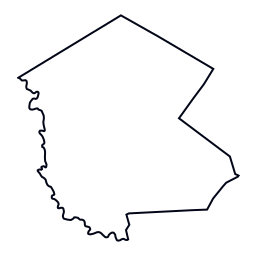 Sullivan, New York, United States of America (Mercator projection)
{"feature_id": "52423323B4442832355941", "entity_name": "Sullivan", "entity_type": "district", "adm_level": 2, "iso_a3": "USA", "parent_name": "United States of America", "parent_adm1": "New York", "projection": "mercator", "projection_center": [-74.957, 41.719], "detail": "fine", "context": "isolated", "style": "outline", "palette": "ink", "viewbox_px": 256, "rotation_deg": 0, "n_neighbors": 0, "source": "geoboundaries", "source_scale": "gbopen_adm2", "svg_char_len": 2513}
<svg xmlns="http://www.w3.org/2000/svg" viewBox="0 0 256 256"><path d="M120.9,15.4L59.6,52.6L17.4,78.3L18.2,77.9L19.2,77.8L21.8,80.4L22.7,80.5L25.3,80.2L26.2,80.6L26.5,81.0L26.8,82.1L26.8,83.8L26.3,86.1L26.3,87.2L26.4,87.8L26.8,88.9L30.6,90.6L32.4,92.5L33.5,93.2L34.6,93.2L36.3,91.9L36.8,91.8L37.8,91.8L38.4,92.4L38.6,93.1L38.4,94.4L37.8,96.7L37.1,98.1L36.7,98.5L35.8,98.9L33.9,98.5L32.6,98.9L30.2,102.1L29.9,102.7L29.6,104.4L29.4,105.6L29.3,107.3L29.3,107.9L29.6,108.5L30.3,109.3L31.9,109.6L32.6,109.6L36.4,108.5L37.4,108.4L37.9,108.7L38.3,109.4L39.5,110.0L40.5,110.2L41.7,111.0L43.7,115.6L43.9,118.5L43.3,122.1L43.7,125.2L44.8,129.7L44.7,130.4L44.5,130.9L44.1,131.1L41.6,130.6L40.0,130.7L39.4,131.6L39.4,132.4L39.8,133.4L41.9,135.6L42.8,137.1L43.9,139.9L44.4,142.1L44.3,143.1L44.0,143.6L42.2,145.2L42.1,145.9L42.3,147.0L42.7,147.2L43.6,147.5L44.7,149.6L45.1,152.0L44.9,157.5L45.1,160.5L45.2,161.2L46.5,164.4L46.3,166.5L46.0,167.2L45.5,167.3L45.2,167.3L44.2,166.4L43.6,166.2L41.9,166.7L41.4,167.1L41.4,167.5L41.9,168.6L42.0,169.2L41.1,169.7L39.7,169.5L38.6,169.7L37.7,170.3L37.8,171.1L39.1,172.7L39.9,173.5L40.8,175.3L41.9,176.8L43.9,177.9L45.6,179.6L46.4,182.7L47.4,184.8L48.4,185.8L49.5,186.5L50.6,186.7L51.1,187.1L53.6,191.5L54.2,193.5L54.3,194.4L53.9,194.9L52.4,195.4L51.8,196.1L51.8,197.8L52.0,198.2L52.3,198.6L54.1,199.0L54.6,199.2L56.1,200.3L57.8,202.0L58.5,203.3L58.6,203.8L58.6,204.4L58.1,205.6L57.8,206.9L57.8,207.6L58.0,208.0L59.0,208.3L60.6,207.8L62.3,207.8L62.9,208.1L63.3,208.6L63.8,210.7L63.9,211.7L63.8,212.4L63.0,215.2L62.9,216.4L63.1,217.2L63.6,218.3L64.0,218.7L67.4,219.6L70.6,220.0L71.2,219.9L73.5,218.4L74.2,217.4L75.3,217.3L77.9,217.8L79.5,219.3L80.3,219.7L82.2,219.7L83.6,220.3L84.5,221.5L84.8,223.1L84.8,224.4L85.2,225.8L85.9,226.3L88.5,226.9L89.4,227.3L89.8,227.9L90.2,229.0L90.2,229.5L88.6,231.4L88.1,232.9L88.2,233.7L88.8,234.1L90.3,234.4L93.7,233.6L97.1,232.2L98.8,232.1L100.1,232.5L101.7,233.7L102.5,234.6L105.0,236.9L105.6,237.2L106.7,237.3L107.3,237.2L108.0,236.8L108.9,234.9L110.3,233.5L112.0,232.6L113.3,232.6L113.8,232.9L115.0,234.4L115.3,235.2L115.4,236.5L115.5,237.0L116.7,239.8L117.1,240.3L118.1,240.6L119.8,240.4L121.6,239.3L123.0,238.9L123.7,238.9L125.7,239.9L127.1,240.0L128.2,239.4L126.0,230.1L129.3,224.8L126.4,214.6L128.9,213.4L191.8,210.2L207.1,209.6L213.1,198.5L223.0,186.3L226.2,182.7L237.8,176.7L238.6,175.6L235.2,174.0L229.9,156.5L179.0,118.3L193.0,98.8L203.9,84.2L213.3,68.9L156.4,35.4L151.0,32.4L120.9,15.4Z" fill="none" stroke="#020617" stroke-width="2"/></svg>